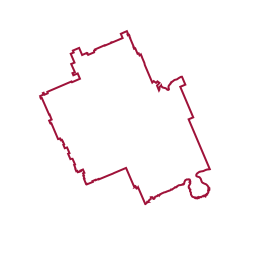 Dalwallinu, Western Australia, Australia (Equal Earth projection), rotated 67°
{"feature_id": "25037944B57812572751517", "entity_name": "Dalwallinu", "entity_type": "district", "adm_level": 2, "iso_a3": "AUS", "parent_name": "Australia", "parent_adm1": "Western Australia", "projection": "equal_earth", "projection_center": [117.374, -30.13], "detail": "fine", "context": "isolated", "style": "outline", "palette": "rose", "viewbox_px": 256, "rotation_deg": 67, "n_neighbors": 0, "source": "geoboundaries", "source_scale": "gbopen_adm2", "svg_char_len": 5503}
<svg xmlns="http://www.w3.org/2000/svg" viewBox="0 0 256 256"><g transform="rotate(67 128 128)"><path d="M42.8,137.0L42.9,141.7L35.2,141.7L35.2,148.5L37.3,148.5L37.3,151.7L46.9,151.7L46.9,155.3L55.8,155.1L55.8,157.7L58.1,157.7L58.1,153.0L63.9,153.0L64.0,161.8L63.9,161.9L63.1,161.9L63.2,188.1L64.6,188.2L64.7,188.3L64.7,191.9L62.6,191.9L62.6,192.7L64.2,192.6L64.3,196.4L66.0,196.3L66.0,196.7L66.8,196.7L66.8,195.6L84.9,195.4L84.9,194.9L86.7,194.9L86.7,195.0L90.4,195.0L90.4,197.7L93.0,197.7L93.0,197.1L94.1,197.1L94.1,196.7L110.9,196.7L111.0,196.3L111.0,194.7L112.1,194.7L112.1,194.4L113.2,194.4L113.2,193.4L115.2,193.4L115.2,193.2L118.2,193.2L118.2,194.1L121.9,194.1L122.1,191.7L128.3,191.7L128.3,193.2L134.1,193.2L134.1,192.7L134.7,191.1L140.9,191.0L140.9,192.0L141.8,192.0L145.0,192.2L145.1,192.5L147.6,192.5L147.6,191.5L149.0,191.5L149.0,190.2L149.3,190.2L149.3,188.3L148.6,188.3L148.6,185.7L151.4,185.7L151.5,185.8L152.2,185.7L152.2,187.1L154.6,187.1L154.6,187.8L157.6,187.8L157.6,188.4L163.1,188.5L163.1,187.9L163.8,187.9L163.9,181.5L163.0,181.5L163.0,178.2L163.4,178.2L163.4,174.9L163.9,174.9L164.0,163.8L164.1,159.9L164.0,158.7L164.0,145.4L184.0,145.3L183.9,144.4L184.0,144.2L184.3,143.9L184.8,143.8L185.1,144.3L185.1,144.2L185.0,143.9L185.2,144.1L185.3,144.1L185.3,144.3L186.3,144.0L186.6,144.0L186.4,143.9L187.0,143.8L187.0,143.7L186.7,143.7L187.0,143.5L186.8,143.2L186.4,142.9L186.4,142.4L186.8,142.1L187.1,142.1L187.5,142.4L187.4,142.3L188.1,142.4L187.6,142.2L187.2,141.9L204.8,141.8L204.9,141.6L204.6,141.2L204.4,141.0L204.4,140.5L204.1,139.5L203.9,139.4L204.0,139.2L204.1,138.6L203.9,138.8L203.7,138.8L203.8,138.6L203.6,138.5L203.7,138.0L203.5,137.7L203.0,137.3L202.7,136.7L202.8,136.5L202.3,135.6L202.1,134.6L201.9,134.1L202.1,133.9L201.6,134.2L201.3,134.2L201.2,133.9L200.7,133.9L201.0,133.0L201.3,132.5L201.9,132.5L202.6,132.5L203.1,132.4L203.3,132.2L203.4,131.7L203.3,131.3L203.2,131.1L202.8,130.9L201.9,129.8L202.0,128.6L202.0,128.2L202.1,127.8L202.0,127.5L202.0,127.0L201.8,127.3L201.7,126.8L201.6,126.7L201.8,126.4L201.8,126.0L202.0,125.9L201.8,125.8L201.5,123.9L201.6,123.4L201.4,122.5L201.5,121.8L201.4,120.8L201.4,120.0L201.7,118.4L201.6,117.9L201.7,117.4L201.6,116.8L201.7,116.2L201.7,115.5L201.8,114.9L201.7,114.6L201.9,114.0L201.7,112.6L201.8,112.0L201.6,112.0L201.7,111.7L201.7,111.2L201.6,110.7L201.6,110.4L201.4,109.5L201.2,108.5L201.1,107.5L201.4,107.1L201.4,106.9L201.1,107.0L201.2,106.5L201.0,106.0L200.8,105.5L200.8,105.0L200.6,104.1L200.6,103.4L201.2,101.5L201.2,100.5L201.6,99.6L201.5,99.4L200.7,99.8L201.4,99.2L201.6,98.9L201.6,98.6L201.3,98.4L201.1,98.5L201.1,98.3L200.8,97.8L199.9,97.3L199.2,96.5L198.7,96.0L198.5,95.7L198.4,95.1L198.3,94.0L198.7,93.2L198.8,92.5L199.3,91.6L199.5,91.4L200.0,91.4L200.6,91.8L200.8,91.8L200.5,91.6L200.6,91.4L201.2,91.6L200.9,91.7L201.0,91.8L201.2,91.7L201.3,91.8L201.3,91.6L201.5,91.5L202.6,92.1L202.9,92.2L204.1,93.1L204.6,94.0L205.2,94.7L205.8,95.1L206.8,95.4L207.1,95.4L207.4,95.3L207.7,95.0L208.5,95.1L209.0,94.7L209.3,94.7L209.4,94.8L209.5,95.1L209.4,95.1L209.8,95.4L210.4,95.6L211.0,95.5L211.9,95.3L212.0,95.4L213.8,96.0L216.2,95.7L216.7,95.3L217.6,94.3L217.8,94.0L217.8,93.9L217.9,93.6L218.3,93.1L218.8,93.5L218.9,93.4L218.9,93.2L219.0,93.2L219.1,92.8L218.9,92.9L218.7,92.8L219.0,92.0L219.0,91.6L219.3,91.9L219.2,92.1L219.3,92.5L219.4,92.4L219.3,92.2L219.5,91.7L219.4,91.6L219.6,91.7L219.6,92.0L219.9,91.8L219.9,91.4L219.5,90.9L219.5,90.3L219.7,90.2L220.0,90.2L220.1,90.4L220.2,90.2L220.0,89.9L219.9,90.0L219.7,89.8L219.5,89.3L219.8,88.7L219.7,88.7L219.6,88.8L220.1,88.0L220.0,87.8L220.2,87.5L220.0,86.7L220.1,86.4L220.2,86.2L220.8,86.2L220.0,85.9L219.9,85.6L220.3,85.2L220.0,84.9L220.3,84.6L220.1,84.2L220.7,83.8L220.3,83.7L220.2,83.4L220.3,83.2L220.6,83.0L220.7,82.8L220.4,82.6L220.3,82.8L219.9,82.6L219.9,82.4L220.2,82.2L220.4,82.3L220.4,82.0L220.2,81.8L220.1,82.0L219.7,81.6L220.0,81.4L220.1,81.1L219.6,80.9L219.8,80.5L219.6,80.7L219.4,80.6L219.1,79.8L218.6,79.2L217.8,78.7L217.4,78.3L217.5,78.6L217.3,78.9L217.1,78.9L216.7,78.6L216.7,78.4L216.8,78.1L216.9,77.6L216.9,77.4L216.7,77.2L215.8,77.0L215.9,76.7L215.8,76.8L215.7,77.0L215.4,77.1L216.1,77.8L215.6,77.9L215.4,77.8L215.0,77.5L214.5,77.4L214.4,77.3L214.8,76.9L214.8,76.7L213.2,77.2L212.5,77.2L210.7,77.9L210.0,78.4L208.9,79.6L208.2,80.1L207.6,80.7L206.6,81.1L205.9,81.1L203.1,80.9L201.3,81.4L201.0,81.7L199.6,83.4L198.9,83.8L198.3,83.7L197.6,83.3L196.9,82.3L196.3,79.8L196.3,78.9L196.5,78.4L196.5,77.7L196.9,76.4L196.9,76.0L197.1,75.5L197.0,74.1L197.0,73.5L197.0,72.3L197.2,71.7L197.1,71.3L197.8,69.4L197.9,68.8L143.7,68.8L143.7,63.8L110.5,63.8L110.5,58.3L101.9,58.3L101.6,59.3L101.9,62.0L102.3,63.6L102.3,64.3L102.0,66.0L102.0,66.7L102.3,67.7L102.8,69.7L103.4,71.0L103.7,71.3L103.9,71.7L103.6,71.6L103.8,71.9L104.2,72.3L104.8,73.6L105.4,74.3L106.2,74.8L108.4,75.2L108.7,75.8L108.4,76.5L108.0,76.9L106.7,77.4L106.0,77.9L104.3,80.2L103.7,80.6L103.1,80.6L102.4,81.2L101.8,81.0L102.0,81.4L102.3,82.3L102.5,82.7L103.0,83.1L105.0,84.2L105.5,84.8L100.3,84.7L98.8,81.4L96.6,82.7L97.4,84.5L94.9,86.0L95.7,87.9L76.7,87.9L74.4,87.5L67.4,87.5L67.4,87.4L65.4,87.4L65.5,87.6L65.4,88.4L65.6,89.0L63.4,89.0L63.4,90.2L57.5,90.2L57.5,91.4L55.7,91.4L55.7,91.0L45.8,91.0L45.8,90.8L43.2,90.8L43.2,90.6L42.7,90.6L42.7,91.9L41.6,91.9L41.6,91.2L38.4,91.2L38.5,97.8L43.1,97.8L43.1,108.5L42.7,109.2L42.7,110.1L43.1,110.1L43.1,117.1L42.7,117.1L42.8,127.6L43.5,127.6L43.5,129.0L45.1,129.6L45.1,136.1L43.3,136.1L43.3,137.0L42.8,137.0Z" fill="none" stroke="#9f1239" stroke-width="2"/></g></svg>